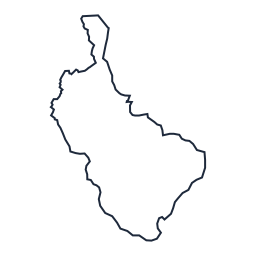 the district of Omodos, Limassol, Cyprus
{"feature_id": "46923920B71532820386546", "entity_name": "Omodos", "entity_type": "district", "adm_level": 2, "iso_a3": "CYP", "parent_name": "Cyprus", "parent_adm1": "Limassol", "projection": "equal_earth", "projection_center": [32.802, 34.86], "detail": "fine", "context": "isolated", "style": "outline", "palette": "slate", "viewbox_px": 256, "rotation_deg": 0, "n_neighbors": 0, "source": "geoboundaries", "source_scale": "gbopen_adm2", "svg_char_len": 1854}
<svg xmlns="http://www.w3.org/2000/svg" viewBox="0 0 256 256"><path d="M51.1,115.4L54.7,118.1L54.8,119.4L57.2,120.1L58.1,124.5L60.4,127.8L62.9,133.4L65.3,139.5L69.5,146.4L70.4,151.5L75.7,153.1L79.9,153.8L84.6,153.5L88.3,157.7L89.8,161.4L86.4,165.8L85.7,169.6L87.2,174.3L87.3,179.3L90.8,180.0L93.5,184.2L96.5,185.3L99.1,187.4L100.5,192.3L98.8,199.1L100.2,205.8L105.2,213.0L112.2,216.2L117.1,222.7L117.6,223.6L120.4,228.6L127.4,231.0L132.8,235.4L139.2,235.4L146.3,240.3L151.5,240.6L156.9,238.7L160.9,232.7L157.8,228.4L157.2,223.6L159.1,218.2L162.1,217.0L164.5,219.5L171.0,213.8L173.1,208.3L174.9,202.1L178.0,198.3L182.6,193.0L188.4,189.9L192.0,182.9L196.5,179.8L200.3,178.2L202.0,177.5L205.1,167.8L205.1,159.9L204.5,152.1L202.2,151.5L196.9,150.0L193.1,144.0L189.4,140.9L185.4,140.4L181.8,138.7L179.3,134.8L173.8,133.8L169.8,133.8L163.0,135.3L162.4,130.2L160.8,125.5L157.2,124.5L154.4,122.0L147.9,117.4L147.4,114.0L143.7,114.6L139.2,115.5L134.9,115.5L132.5,115.0L130.1,112.0L130.0,105.4L131.8,102.0L128.2,101.8L126.7,102.0L126.9,101.1L127.5,101.1L127.8,100.9L129.8,95.7L125.0,95.5L121.2,94.4L119.4,93.2L115.6,89.5L114.2,85.1L112.2,81.4L112.2,75.5L109.7,69.6L107.1,61.8L103.0,58.4L105.7,44.8L107.2,38.6L108.0,32.4L108.7,28.1L107.9,27.6L98.1,15.4L82.7,16.2L81.2,18.7L82.4,21.8L83.9,24.2L83.5,26.4L84.7,28.5L87.8,29.9L87.6,33.4L89.1,36.8L88.9,40.4L91.4,42.7L94.1,45.2L92.6,48.4L91.9,51.0L91.4,54.5L93.9,56.7L94.0,58.9L95.8,62.8L90.7,66.5L89.8,67.2L88.6,67.8L86.8,69.4L84.8,70.8L80.7,71.6L78.5,72.1L77.7,70.4L76.1,69.6L73.0,72.7L71.5,74.1L71.2,73.7L69.4,73.4L68.9,70.8L65.1,71.0L63.0,74.7L61.3,77.5L60.2,79.9L60.8,80.9L60.6,82.3L59.7,83.6L60.6,84.8L59.6,87.2L62.5,89.7L60.9,91.2L61.2,93.2L60.4,93.9L59.6,96.2L57.2,99.1L53.7,99.1L51.5,102.9L52.6,104.7L51.8,106.1L50.9,107.1L53.9,109.5L52.9,112.3L51.1,115.4Z" fill="none" stroke="#1e293b" stroke-width="2"/></svg>